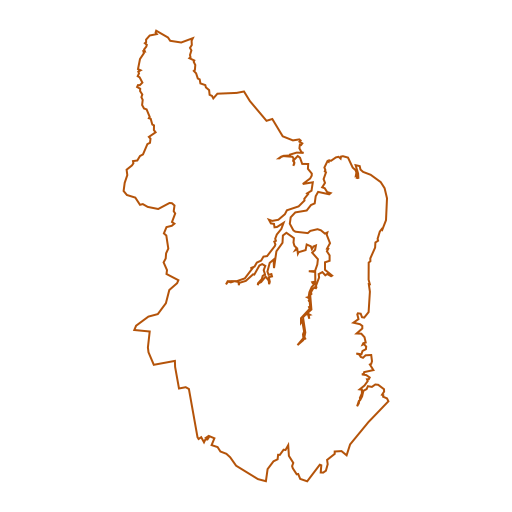 Henderson-Massey Local Board Area, Auckland, New Zealand (Natural Earth projection)
{"feature_id": "76426892B68430055344516", "entity_name": "Henderson-Massey Local Board Area", "entity_type": "district", "adm_level": 2, "iso_a3": "NZL", "parent_name": "New Zealand", "parent_adm1": "Auckland", "projection": "natural_earth1", "projection_center": [174.63, -36.849], "detail": "fine", "context": "isolated", "style": "outline", "palette": "amber", "viewbox_px": 512, "rotation_deg": 0, "n_neighbors": 0, "source": "geoboundaries", "source_scale": "gbopen_adm2", "svg_char_len": 6069}
<svg xmlns="http://www.w3.org/2000/svg" viewBox="0 0 512 512"><path d="M140.0,204.8L142.8,204.1L147.7,206.9L158.2,209.0L169.5,203.0L171.9,203.2L174.5,205.5L173.7,211.2L175.2,213.5L172.0,222.0L174.4,223.7L171.8,225.8L166.5,227.1L163.9,233.4L166.3,235.5L168.3,248.6L166.1,253.3L165.7,258.5L163.6,262.4L167.0,270.1L166.5,274.0L178.4,280.2L177.1,283.2L169.3,290.0L165.9,303.2L157.8,314.1L148.4,316.6L136.1,325.7L134.3,330.0L149.7,331.5L147.9,347.5L148.5,352.3L153.8,364.8L174.9,360.9L175.1,366.9L179.0,388.5L185.7,387.2L188.9,389.0L197.5,437.2L198.6,439.0L201.2,437.2L204.0,442.3L205.4,439.4L207.4,439.5L208.4,438.0L206.4,437.5L208.7,435.9L214.4,438.3L211.6,445.1L217.6,447.1L220.4,451.5L226.4,453.8L230.2,457.3L236.1,465.7L257.9,479.1L265.9,481.2L267.6,469.1L273.5,461.3L277.6,459.3L278.1,454.8L279.8,454.9L283.6,449.7L285.5,450.0L288.2,445.2L288.9,455.9L293.3,462.9L292.1,466.1L292.8,468.3L296.7,474.3L298.2,474.0L300.2,478.9L307.2,481.3L319.8,464.7L321.3,465.3L320.7,472.5L323.2,472.6L325.9,470.7L327.7,464.2L327.1,459.9L334.7,453.9L334.7,451.5L341.5,451.1L346.6,455.3L350.1,444.4L368.5,422.0L388.4,401.3L387.0,398.4L383.1,396.7L383.3,395.2L382.0,394.8L384.1,391.6L384.0,389.2L378.2,384.8L375.3,384.5L371.9,386.9L367.9,386.2L366.6,389.1L363.4,390.8L362.1,396.4L360.3,399.8L359.9,400.4L359.1,400.9L358.9,403.1L357.1,406.3L358.9,400.9L360.2,399.8L359.9,397.9L361.9,393.5L361.9,389.7L359.7,389.4L364.5,385.5L367.7,381.1L367.0,379.3L368.8,379.2L369.7,377.5L366.3,375.1L361.9,374.4L363.7,373.8L364.2,372.1L373.4,370.1L369.9,364.5L371.2,363.9L372.0,361.2L371.2,355.0L365.6,355.3L363.0,357.8L360.7,356.9L359.4,354.6L356.3,353.5L361.4,354.3L362.5,351.0L365.9,349.2L366.2,346.6L364.0,344.1L362.6,344.7L363.3,343.2L365.7,342.5L364.5,337.2L361.3,333.7L356.6,333.5L362.3,328.5L362.3,325.9L360.0,324.2L353.4,322.7L358.5,319.1L357.3,314.4L357.9,313.3L360.7,313.7L362.0,317.2L364.2,317.6L368.6,312.1L369.9,291.7L368.8,284.1L369.8,284.2L368.6,279.7L368.7,262.6L370.4,261.2L370.3,258.4L375.1,247.6L375.4,242.5L378.1,240.7L377.6,238.8L379.8,231.6L381.8,229.0L382.3,229.7L386.0,220.2L387.0,198.3L384.6,188.2L380.7,182.1L370.7,174.8L363.1,171.9L360.5,169.6L359.7,166.1L355.6,165.2L358.1,173.5L358.4,178.7L357.5,176.6L356.5,178.7L357.3,175.2L355.8,175.9L356.4,172.7L355.6,170.2L352.7,167.6L348.0,157.6L342.9,156.2L341.0,156.6L340.6,158.6L338.6,156.8L335.9,157.4L331.0,160.8L329.2,160.3L328.7,161.9L327.5,161.1L324.4,167.5L325.4,170.1L324.8,171.3L326.0,172.3L323.6,179.1L325.0,182.9L322.2,187.3L324.7,188.2L327.2,192.1L330.6,193.1L329.2,194.3L318.1,191.9L315.7,196.2L314.7,203.4L311.0,205.0L306.7,210.5L295.3,212.4L290.7,217.3L289.8,223.7L293.4,230.4L295.4,231.7L307.8,233.1L310.3,230.9L317.5,229.2L320.9,230.3L324.9,233.6L327.3,232.5L326.7,234.7L330.0,243.2L327.0,248.7L328.2,248.9L326.9,251.3L329.6,255.4L329.6,260.8L325.0,262.3L325.0,269.8L332.1,275.6L331.1,276.2L327.2,274.0L325.3,275.3L322.4,272.1L318.7,274.1L319.1,277.5L315.9,286.0L316.4,287.3L315.6,288.9L315.6,286.7L313.0,288.7L311.0,292.2L311.4,294.0L310.2,295.0L311.4,309.5L306.2,314.2L308.1,313.8L309.9,314.8L308.7,315.1L309.3,318.8L308.0,314.2L305.6,314.6L303.0,317.3L305.3,332.5L304.4,337.1L305.7,339.5L304.4,337.6L303.2,340.2L297.5,345.1L303.4,338.1L303.0,334.3L304.1,331.5L302.2,320.8L301.0,322.6L301.0,318.2L310.3,308.1L310.3,306.8L308.2,307.5L310.1,306.4L309.6,300.7L308.1,301.1L309.3,300.4L309.1,298.3L307.5,297.4L308.6,297.1L309.4,292.2L311.7,287.0L314.9,283.7L314.9,282.8L312.7,283.2L312.2,282.2L315.3,281.6L315.2,272.0L308.8,271.2L315.0,271.1L317.3,264.5L317.9,259.2L312.2,252.7L315.1,249.8L315.9,245.5L313.4,246.5L311.9,249.2L310.8,246.3L306.7,244.5L305.6,250.1L298.6,252.2L297.9,253.6L297.3,249.2L295.3,250.2L296.7,248.0L294.4,245.8L293.5,242.5L293.9,238.1L286.4,232.8L282.9,235.5L282.5,242.8L276.4,251.3L274.0,268.1L273.6,259.6L269.7,262.9L267.4,271.6L268.6,274.8L271.4,274.1L272.0,276.4L268.8,277.2L269.8,281.8L269.1,284.2L268.7,280.6L265.6,276.6L261.1,282.1L258.1,283.5L258.1,284.5L257.8,285.1L258.0,283.3L261.8,279.1L262.7,275.9L265.0,274.4L263.7,270.1L265.3,265.9L262.2,264.1L259.4,265.5L254.3,274.6L253.1,274.3L245.8,280.9L239.2,282.9L238.9,285.2L238.5,282.0L234.5,281.2L230.8,282.4L228.1,281.5L226.0,284.4L227.7,281.2L237.0,281.1L244.8,278.4L252.5,268.3L250.5,268.2L254.5,266.6L256.8,262.6L261.1,260.6L263.5,256.6L267.1,256.1L274.8,246.1L275.4,244.4L274.3,241.6L275.9,240.8L275.2,238.8L276.8,234.5L281.3,229.0L283.6,222.8L277.0,227.0L274.5,227.3L274.0,223.9L270.9,223.4L268.9,219.7L272.2,220.9L278.3,219.8L284.9,214.2L286.9,210.3L298.6,206.4L304.5,200.5L304.3,198.8L308.1,194.1L307.1,193.4L311.5,190.7L312.8,182.3L302.8,184.0L310.1,178.5L311.7,175.7L311.8,173.6L307.9,168.8L308.2,164.0L302.2,163.9L300.0,157.7L297.7,156.0L293.5,160.5L294.4,162.7L294.2,164.0L293.3,165.8L294.3,162.6L293.1,160.9L293.6,158.6L292.5,156.8L283.5,156.1L281.2,156.9L279.5,158.3L278.9,158.3L281.1,156.7L283.6,155.8L290.1,155.5L290.0,154.6L296.7,152.6L303.6,152.9L301.5,152.2L299.4,148.3L299.9,144.6L301.1,145.0L302.3,143.4L299.5,141.7L300.6,140.5L299.3,139.4L292.9,140.4L282.7,136.3L272.3,119.0L266.5,120.8L249.9,101.1L244.0,91.5L236.7,92.9L217.4,93.7L213.3,98.4L212.0,95.9L209.6,94.8L209.1,90.1L205.9,87.4L205.3,85.1L200.4,83.4L199.7,79.4L197.8,78.5L196.1,73.3L193.8,70.9L194.9,69.9L195.3,65.0L193.7,61.8L194.3,60.5L189.4,58.2L190.5,57.2L190.0,55.0L191.4,50.4L190.0,47.9L191.8,45.0L191.6,40.7L192.8,38.2L181.2,42.5L170.2,40.8L168.0,37.5L156.2,30.7L155.6,32.5L156.8,34.1L149.7,35.5L146.1,39.6L146.1,42.3L144.9,43.2L146.8,44.8L146.3,46.6L144.1,49.4L144.9,51.5L143.4,51.3L143.9,53.2L140.0,59.0L138.0,69.1L140.6,70.3L138.3,71.6L139.0,73.4L137.7,76.2L139.6,77.3L142.4,82.6L139.8,85.2L138.0,85.1L137.1,87.0L140.2,88.7L140.1,91.1L142.3,94.5L141.4,97.2L142.7,99.9L142.1,105.0L144.0,108.5L146.6,109.4L149.7,116.9L148.9,118.2L150.7,118.8L152.3,124.5L154.0,125.4L153.9,130.1L155.6,132.3L148.9,136.9L150.5,138.7L150.0,142.8L147.4,144.1L143.0,154.4L140.0,156.0L137.3,160.5L133.0,161.1L133.4,163.3L132.0,165.4L126.6,169.7L127.3,175.1L124.7,182.8L123.6,191.0L126.9,195.0L135.3,197.6L140.0,204.8Z" fill="none" stroke="#b45309" stroke-width="2"/></svg>